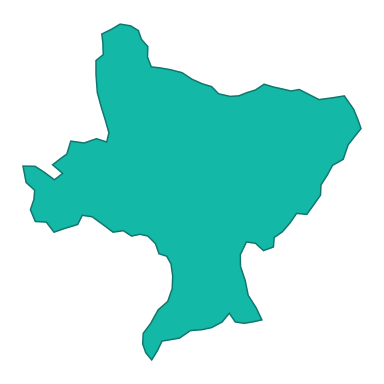 the district of Presidente Castello Branco, Santa Catarina, Brazil
{"feature_id": "56859067B89740019221326", "entity_name": "Presidente Castello Branco", "entity_type": "district", "adm_level": 2, "iso_a3": "BRA", "parent_name": "Brazil", "parent_adm1": "Santa Catarina", "projection": "orthographic", "projection_center": [-51.785, -27.238], "detail": "fine", "context": "isolated", "style": "filled", "palette": "teal", "viewbox_px": 384, "rotation_deg": 0, "n_neighbors": 0, "source": "geoboundaries", "source_scale": "gbopen_adm2", "svg_char_len": 1489}
<svg xmlns="http://www.w3.org/2000/svg" viewBox="0 0 384 384"><path d="M142.7,344.0L145.8,352.8L151.7,359.9L157.3,350.9L162.0,341.1L171.0,339.6L179.5,338.1L190.4,330.6L201.9,329.7L211.6,327.6L222.1,322.0L229.3,313.2L235.3,322.0L244.3,323.3L253.3,321.8L261.9,319.9L256.2,307.9L248.2,295.3L245.2,280.5L240.5,266.4L240.3,254.7L246.5,242.0L255.5,243.3L263.5,250.6L273.4,247.0L274.2,237.5L282.4,231.8L290.3,222.6L296.6,213.4L306.8,214.4L313.7,204.8L320.5,195.2L321.0,184.9L327.4,174.9L332.5,165.4L343.2,159.3L348.1,144.9L354.9,136.2L361.0,128.6L358.0,119.9L353.6,109.2L344.3,95.9L333.1,97.7L319.0,99.6L307.7,93.8L299.2,89.5L291.0,91.0L283.0,89.1L273.4,87.0L264.1,84.2L255.4,90.0L246.4,92.8L238.9,95.8L230.2,96.4L218.6,93.8L211.6,86.6L202.3,83.8L192.1,79.3L182.1,72.7L170.5,69.7L159.5,67.8L151.3,66.9L147.5,57.1L147.8,46.6L141.4,39.3L138.4,30.6L130.6,25.8L120.1,24.1L111.4,29.3L101.8,34.0L102.9,43.2L103.2,54.7L96.0,60.5L96.0,74.6L97.3,92.4L101.2,106.9L105.4,120.4L108.9,132.8L106.7,142.0L96.5,138.7L84.0,143.0L70.8,141.1L66.8,154.1L59.6,159.3L52.6,164.8L62.6,173.4L54.4,179.8L44.6,172.5L35.1,166.3L23.0,166.1L26.1,182.5L34.7,190.3L33.9,199.5L30.4,209.7L35.3,221.5L46.3,222.1L54.0,232.2L65.2,228.3L77.7,224.5L82.3,215.3L92.2,216.8L103.4,224.9L113.1,232.2L123.4,230.7L131.6,236.1L139.8,234.3L147.8,236.0L155.5,243.7L159.0,253.8L166.7,256.2L171.0,263.9L172.7,276.0L172.2,288.6L167.7,301.5L158.2,309.8L150.5,323.7L143.2,333.4L142.7,344.0Z" fill="#14b8a6" stroke="#0f766e" stroke-width="1.5"/></svg>